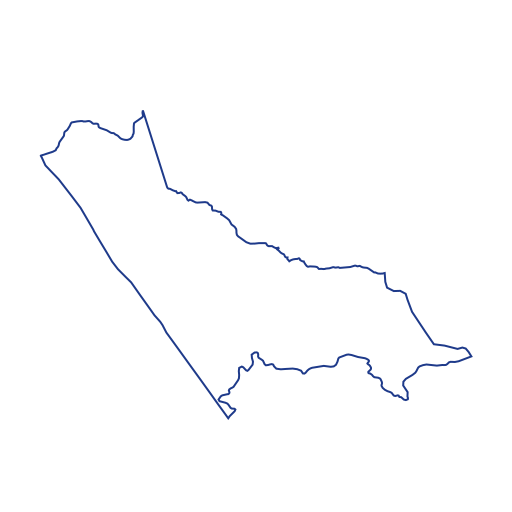 Eastern, orthographic projection, rotated 73°
{"feature_id": "ZMB-518", "entity_name": "Eastern", "entity_type": "Province", "adm_level": 1, "iso_a3": "ZMB", "parent_name": "Zambia", "parent_adm1": "", "projection": "orthographic", "projection_center": [31.874, -13.313], "detail": "fine", "context": "isolated", "style": "outline", "palette": "blue", "viewbox_px": 512, "rotation_deg": 73, "n_neighbors": 0, "source": "natural_earth", "source_scale": "10m", "svg_char_len": 5089}
<svg xmlns="http://www.w3.org/2000/svg" viewBox="0 0 512 512"><g transform="rotate(73 256 256)"><path d="M415.0,79.4L415.9,93.0L415.5,96.8L414.1,100.8L414.1,102.5L415.3,104.8L415.7,106.3L415.3,108.0L414.7,109.7L413.7,115.1L409.6,124.7L409.2,128.2L409.4,131.8L410.1,133.5L413.0,136.3L414.2,137.8L415.5,141.2L417.3,148.6L419.3,151.8L422.9,153.1L430.5,150.8L434.5,152.2L436.3,152.2L437.4,152.7L437.6,154.8L436.6,156.5L436.2,156.8L433.5,158.4L432.7,160.1L431.2,160.4L430.7,161.2L430.6,163.8L429.7,165.1L426.5,166.3L425.4,167.4L423.7,169.8L421.6,171.9L419.2,173.4L416.9,173.9L416.1,173.7L415.3,173.1L414.3,172.6L413.0,172.5L410.2,172.9L409.4,173.3L408.2,174.6L406.5,178.3L405.0,179.3L404.0,179.6L403.3,180.0L402.9,180.3L402.4,180.7L401.7,181.3L401.4,182.0L400.9,182.6L399.8,182.6L399.4,182.1L398.2,179.7L397.5,179.0L396.5,178.7L395.7,178.8L394.1,179.2L393.2,179.7L392.3,180.5L391.4,180.9L390.7,180.2L390.3,179.4L389.7,178.8L389.0,178.6L388.1,179.0L386.7,180.3L385.6,181.7L382.4,188.0L378.6,193.6L377.2,196.4L376.9,198.3L377.4,206.1L378.1,207.2L380.9,209.0L383.4,211.3L384.3,213.9L383.8,216.9L380.9,223.3L379.3,235.0L379.4,236.8L379.8,238.6L380.6,240.4L382.2,242.8L382.6,244.1L382.0,245.5L378.9,246.4L376.3,249.7L374.4,253.8L372.9,259.8L371.6,265.4L369.7,269.5L366.8,271.0L364.9,271.3L364.0,272.5L363.8,274.1L363.8,276.1L363.4,278.5L362.0,279.4L358.2,279.9L356.9,280.8L354.1,283.2L352.8,283.4L350.9,282.7L349.4,282.6L348.4,283.4L347.9,285.6L349.1,289.0L352.4,289.7L356.2,289.8L358.9,291.0L362.8,296.5L363.3,297.8L362.4,298.9L358.7,300.7L357.6,301.9L358.1,304.8L361.1,306.1L364.9,306.9L368.0,308.1L369.5,309.4L374.6,315.8L375.0,317.4L375.2,318.9L375.8,320.6L376.7,321.3L378.5,321.2L379.4,321.7L379.9,322.6L380.0,323.1L379.8,323.7L379.4,329.0L379.9,330.7L382.3,333.8L384.2,333.3L387.4,328.1L388.8,326.5L390.3,325.8L393.8,324.7L394.8,323.8L395.8,321.2L396.8,320.6L398.2,321.8L401.4,327.9L403.1,330.0L395.7,332.5L386.7,335.6L373.8,339.9L356.1,345.9L338.9,351.8L323.3,357.1L312.5,360.8L303.0,364.1L294.8,365.6L290.9,366.8L283.1,370.4L272.8,373.8L259.4,378.3L244.7,383.1L237.7,386.9L228.2,391.9L219.4,395.2L208.7,397.8L195.6,401.1L185.0,403.7L183.2,403.9L168.7,407.3L158.6,409.7L144.4,414.9L135.7,418.2L124.9,422.3L115.4,427.1L107.8,430.9L98.9,432.1L97.2,432.5L97.1,432.4L96.9,419.8L96.3,416.6L95.9,416.3L94.7,415.2L94.0,413.9L92.9,412.7L92.0,412.1L90.5,411.3L90.0,410.9L89.4,410.4L85.3,405.0L84.9,404.6L84.4,404.3L82.1,403.3L81.4,402.7L81.0,401.9L80.6,400.6L80.3,399.8L79.8,399.1L77.2,396.1L75.0,394.2L74.4,393.1L75.0,387.8L75.8,383.8L76.2,382.7L76.6,382.0L76.9,381.7L77.5,379.8L77.8,377.5L78.1,376.4L78.4,375.7L79.5,374.6L80.4,374.0L80.9,373.8L81.4,373.4L82.0,372.8L82.3,371.8L82.6,370.4L83.0,369.4L83.4,368.8L83.9,368.5L84.4,368.4L85.7,368.6L86.3,368.7L86.8,368.6L87.4,368.2L88.2,367.4L92.1,362.0L95.0,359.4L95.8,358.6L96.3,357.8L96.7,356.6L97.1,356.0L97.6,355.6L98.5,355.1L99.9,353.6L100.7,352.9L103.4,351.5L104.5,350.6L105.3,349.6L106.3,347.9L106.8,346.8L107.3,345.4L107.4,344.5L107.4,343.8L107.3,342.6L107.2,342.0L107.0,341.5L106.4,340.6L105.9,339.7L105.6,339.3L105.2,338.9L104.7,338.7L104.2,338.4L103.1,337.3L102.6,337.1L101.5,336.6L96.7,335.2L94.0,334.1L93.4,333.8L93.0,333.1L90.2,324.6L89.7,323.6L89.1,323.2L88.5,323.0L86.5,322.8L85.3,322.5L84.8,322.2L84.4,322.0L84.5,321.6L164.0,320.9L165.0,320.7L166.0,320.1L166.5,318.8L167.2,318.0L168.8,316.4L170.6,314.0L170.6,313.5L172.9,312.8L173.3,311.0L173.2,309.3L174.0,308.5L175.4,308.1L178.1,306.1L179.3,305.5L182.2,305.1L183.3,304.4L182.8,302.7L184.3,300.9L184.6,300.7L187.1,298.0L187.8,296.5L189.6,288.9L190.8,286.8L193.6,285.6L194.8,284.0L195.8,283.7L198.5,284.3L199.8,284.1L200.8,281.4L202.7,279.0L203.2,277.6L203.5,276.8L204.4,276.6L205.3,276.7L206.0,277.2L206.5,276.8L207.4,275.8L211.6,272.6L213.9,271.2L218.7,270.2L221.0,268.5L222.1,267.8L224.3,267.1L226.0,267.3L228.1,267.9L230.2,268.1L231.9,267.4L240.0,261.2L242.5,257.9L243.7,253.9L244.5,249.7L246.3,243.6L246.9,242.7L249.0,242.2L249.8,241.6L250.4,240.8L250.6,239.8L251.3,237.7L252.9,236.3L254.3,234.7L254.6,232.2L255.3,232.2L255.4,232.7L255.8,233.2L256.0,233.7L257.6,232.6L260.0,231.4L261.3,230.3L262.4,229.0L262.9,228.7L265.1,228.4L265.8,228.0L266.3,227.3L266.6,226.3L267.9,226.9L268.8,226.6L269.6,226.1L270.8,225.7L270.2,223.6L270.1,221.4L270.4,219.3L270.8,217.6L270.9,217.1L270.7,216.0L270.8,215.5L271.4,215.1L272.0,215.0L272.6,215.0L273.0,214.8L274.3,213.5L274.8,212.9L275.1,211.9L276.2,211.8L278.4,211.2L280.5,210.4L281.5,209.4L281.7,207.4L283.4,202.7L284.3,201.0L285.3,200.3L286.1,200.0L286.8,199.6L287.3,197.5L288.2,195.3L288.5,194.1L288.5,192.8L289.2,189.4L289.2,185.8L289.5,184.8L290.0,184.1L290.4,183.2L290.8,180.6L291.9,179.3L294.1,169.0L294.1,164.4L294.4,163.5L295.4,162.2L295.6,161.5L295.7,160.0L296.1,159.3L296.8,158.7L297.8,157.6L298.5,156.4L299.8,153.3L301.1,151.9L306.3,147.8L306.5,146.8L308.4,144.5L309.2,142.4L309.8,140.1L309.9,137.9L318.5,139.9L324.6,139.9L329.8,134.5L331.5,128.3L335.9,123.9L342.0,123.9L355.0,123.1L378.5,116.1L392.4,111.7L396.8,101.9L403.8,90.4L403.9,85.4L405.8,82.5L410.0,80.7L415.0,79.4Z" fill="none" stroke="#1e3a8a" stroke-width="2"/></g></svg>